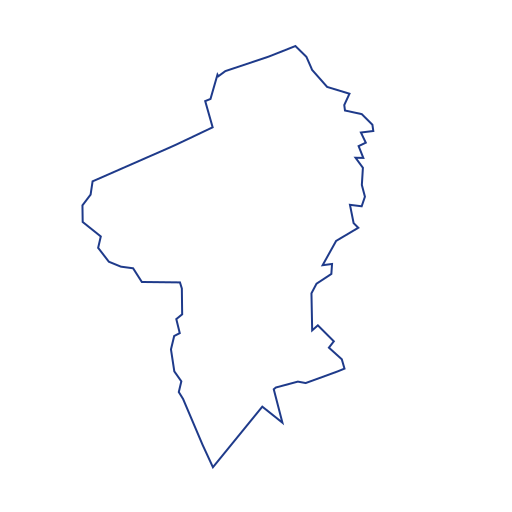 Chalan Pago-Ordot, Guam, rotated 251°
{"feature_id": "77769853B20896286289421", "entity_name": "Chalan Pago-Ordot", "entity_type": "district", "adm_level": 2, "iso_a3": "GUM", "parent_name": "Guam", "parent_adm1": "", "projection": "mercator", "projection_center": [144.769, 13.441], "detail": "fine", "context": "isolated", "style": "outline", "palette": "blue", "viewbox_px": 512, "rotation_deg": 251, "n_neighbors": 0, "source": "geoboundaries", "source_scale": "gbopen_adm2", "svg_char_len": 1075}
<svg xmlns="http://www.w3.org/2000/svg" viewBox="0 0 512 512"><g transform="rotate(251 256 256)"><path d="M298.5,115.0L289.9,124.8L284.4,135.8L268.6,139.6L255.8,175.5L249.4,175.3L224.9,167.2L222.3,160.1L207.9,158.8L207.0,152.6L195.4,145.2L173.5,141.2L161.8,144.6L152.5,138.7L144.6,140.5L94.9,144.0L70.3,146.5L111.5,212.9L89.8,226.7L124.2,229.4L125.2,232.0L123.6,254.7L119.7,261.6L120.3,295.6L120.7,303.0L130.4,303.5L145.6,295.1L150.0,301.8L170.3,291.9L167.4,284.9L202.7,296.3L210.1,304.2L214.5,321.4L223.7,325.3L225.6,316.0L244.2,336.7L249.4,361.9L255.3,359.0L273.8,361.5L268.6,372.1L276.6,378.3L288.7,379.2L304.6,385.8L316.5,382.1L313.8,389.4L326.5,388.8L327.4,396.7L338.6,395.4L336.0,407.6L342.2,408.8L355.7,402.2L364.6,387.5L370.0,388.6L379.0,397.2L392.7,378.3L397.1,376.5L413.8,369.6L415.9,369.5L427.9,368.5L441.7,361.6L440.4,332.9L440.8,287.2L438.2,278.9L440.0,278.6L419.3,264.1L419.0,258.4L391.8,256.9L387.3,216.8L386.8,211.3L379.8,125.8L367.9,119.6L360.4,108.4L344.6,103.2L325.0,115.6L315.1,109.4L298.5,115.0Z" fill="none" stroke="#1e3a8a" stroke-width="2"/></g></svg>